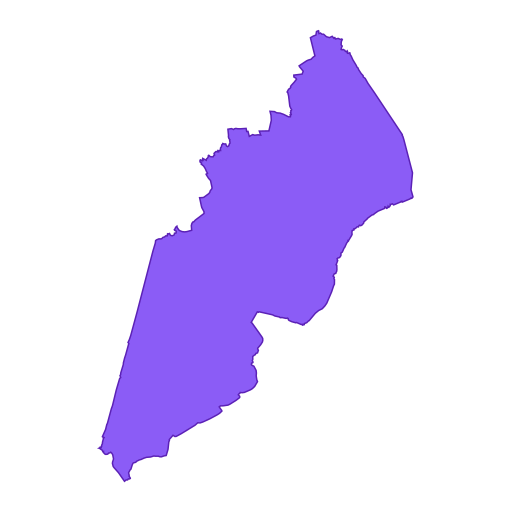 Mueang Samut Songkhram, Samut Songkhram, Thailand (Mercator projection)
{"feature_id": "78962969B53970702814040", "entity_name": "Mueang Samut Songkhram", "entity_type": "district", "adm_level": 2, "iso_a3": "THA", "parent_name": "Thailand", "parent_adm1": "Samut Songkhram", "projection": "mercator", "projection_center": [99.999, 13.396], "detail": "fine", "context": "isolated", "style": "filled", "palette": "violet", "viewbox_px": 512, "rotation_deg": 0, "n_neighbors": 0, "source": "geoboundaries", "source_scale": "gbopen_adm2", "svg_char_len": 6053}
<svg xmlns="http://www.w3.org/2000/svg" viewBox="0 0 512 512"><path d="M124.5,481.3L126.2,479.9L127.6,479.9L128.3,478.9L129.6,478.9L130.3,478.4L130.2,477.9L129.1,476.2L129.2,475.4L128.6,472.8L130.1,469.9L130.9,469.2L132.2,465.0L132.9,463.4L133.4,462.9L135.7,462.3L136.6,461.3L139.4,459.9L141.0,459.5L144.1,458.1L146.6,457.3L150.6,457.0L153.8,456.0L155.5,456.2L158.3,456.2L160.0,456.8L161.5,456.8L164.0,455.9L166.2,455.5L168.0,449.4L168.8,441.9L169.4,440.5L169.3,439.5L173.0,435.3L174.9,436.5L176.2,436.4L181.2,433.7L195.2,425.1L197.7,422.8L200.1,422.9L202.8,422.0L209.8,418.8L217.4,414.7L219.7,413.2L221.9,411.1L221.8,410.6L219.2,406.9L220.4,405.9L223.3,405.8L228.0,405.1L229.9,404.2L236.1,400.3L239.4,397.8L239.8,397.1L239.7,396.3L238.3,394.8L238.8,394.0L240.0,393.1L240.2,392.5L242.2,392.7L244.4,392.4L250.5,389.8L252.4,388.6L254.7,386.4L257.5,381.6L256.8,379.8L256.2,375.9L256.4,373.0L256.1,370.4L253.9,366.2L252.0,365.3L251.4,364.6L251.6,363.1L252.6,362.8L253.0,362.2L252.3,360.5L252.8,359.3L252.7,356.5L254.6,354.9L255.3,354.7L255.9,353.4L257.5,352.9L258.4,350.3L257.7,349.0L257.7,348.2L260.7,344.7L262.4,342.0L262.8,340.3L262.7,338.4L261.9,336.9L252.1,323.1L251.2,322.4L257.3,311.9L258.5,312.3L259.1,311.8L272.5,314.8L274.9,316.0L279.5,317.0L280.1,317.6L281.0,317.7L281.9,317.5L286.0,318.4L287.6,318.1L288.2,318.6L288.3,319.6L289.0,320.4L291.8,321.7L295.8,322.8L296.2,322.5L297.0,322.7L301.2,324.5L302.2,324.3L302.5,325.1L304.3,324.6L304.2,323.6L306.7,322.7L308.7,320.7L309.1,320.7L315.3,313.3L318.7,310.5L322.3,308.7L324.9,305.9L326.8,303.1L331.6,291.9L333.6,285.8L334.4,284.2L334.5,279.6L333.9,278.6L334.3,277.3L333.1,276.1L334.3,273.8L335.8,273.4L335.8,272.9L336.6,271.5L336.9,269.8L336.8,265.4L336.1,264.8L337.7,260.6L337.2,260.1L337.4,259.3L337.1,258.7L337.7,258.1L339.5,257.6L340.5,256.3L341.0,255.2L340.9,253.1L342.3,252.1L344.1,248.0L344.6,247.6L346.7,243.0L347.6,241.8L348.3,241.2L348.0,240.5L348.6,240.5L351.6,235.5L352.1,234.3L351.9,232.6L352.2,230.5L354.0,229.9L354.1,229.5L353.8,228.9L354.2,228.6L355.1,228.6L355.7,228.2L357.3,226.7L358.5,226.9L359.1,225.4L359.7,225.2L360.7,225.7L361.9,225.1L363.6,223.2L363.9,221.9L367.3,218.8L367.4,218.4L371.8,215.1L373.7,214.5L374.1,213.9L378.1,211.1L384.4,208.5L384.9,206.8L385.3,206.9L386.5,208.4L386.8,208.4L387.3,208.0L387.1,207.6L387.3,207.2L388.5,207.3L388.4,206.5L388.8,206.9L389.4,206.8L390.3,205.5L390.3,204.4L390.6,204.5L392.4,203.8L393.6,204.9L400.4,202.1L401.1,201.4L401.5,201.6L401.8,201.4L401.9,202.0L402.3,202.1L410.1,198.9L410.6,198.3L411.1,198.1L411.4,198.4L412.1,198.1L413.0,196.9L411.0,189.7L412.5,172.8L403.9,139.8L402.8,136.2L402.2,135.5L402.3,134.6L374.5,92.8L368.0,83.4L365.2,78.4L363.2,76.9L363.1,75.6L361.2,73.6L358.6,69.6L357.9,67.8L356.8,66.9L356.3,65.5L352.8,59.7L351.2,56.1L350.2,54.6L349.9,52.9L349.5,52.8L348.4,53.3L347.6,53.3L347.2,52.8L347.6,51.8L347.2,50.9L346.6,51.6L345.7,51.5L345.3,51.3L344.9,50.4L343.1,49.4L342.2,49.8L341.1,49.5L341.5,47.6L342.2,46.1L341.1,44.8L341.3,41.9L341.7,40.6L342.3,39.7L341.8,39.0L340.3,39.4L338.2,38.4L335.5,39.0L335.1,38.7L334.9,37.6L334.3,37.6L333.8,38.2L332.2,36.3L329.5,37.6L326.4,36.7L323.6,34.2L322.0,34.2L320.4,33.0L319.0,33.6L318.6,32.3L318.8,31.1L318.4,30.7L316.5,31.5L315.9,35.1L313.4,36.0L310.4,37.7L314.9,55.9L312.7,57.5L311.2,59.2L308.2,60.1L306.5,60.9L299.1,65.8L299.5,66.7L303.2,71.2L302.1,74.1L293.8,75.1L293.9,77.0L295.9,78.2L296.5,79.2L294.3,82.1L291.1,85.6L290.6,86.5L290.7,87.4L289.8,88.5L288.6,89.2L287.1,92.0L287.8,92.7L288.6,96.0L289.8,106.1L290.8,108.4L291.6,109.5L291.4,110.3L290.8,110.7L290.9,112.2L290.4,112.7L291.3,114.4L291.1,114.7L290.1,114.9L290.5,115.9L290.4,116.8L288.5,116.8L283.5,114.3L280.1,113.1L276.7,112.8L274.5,111.6L270.0,111.3L271.0,115.3L271.3,120.3L268.9,130.9L259.3,131.1L260.7,135.1L258.1,134.8L254.7,135.2L252.7,134.6L249.3,136.4L248.0,131.4L246.7,131.5L246.1,128.4L240.1,128.8L237.3,128.7L235.9,128.4L234.4,128.8L233.6,129.5L231.5,128.6L227.9,129.2L228.5,135.2L228.4,136.9L228.9,138.5L229.9,139.8L229.6,140.8L229.9,141.6L230.0,143.2L229.3,144.0L229.0,145.2L228.5,146.1L227.6,146.6L226.5,146.0L225.7,143.9L224.5,144.0L222.8,143.5L222.7,144.2L221.9,144.6L221.3,147.0L220.6,147.8L220.4,149.2L220.6,150.5L219.1,150.5L218.7,151.7L217.8,150.7L217.2,151.9L216.2,151.5L215.8,151.6L214.1,153.3L214.0,153.8L214.6,155.1L213.6,155.8L213.1,156.8L211.2,156.8L210.0,156.5L209.0,155.4L208.6,155.3L208.3,155.6L208.2,156.9L207.6,158.0L206.6,158.8L206.3,160.3L202.7,158.4L202.6,159.4L203.1,160.2L202.7,160.8L201.5,160.7L200.8,159.8L200.3,159.9L200.0,160.3L200.0,161.9L201.6,163.1L201.2,164.1L203.6,166.0L205.2,168.5L206.5,171.5L207.5,173.1L207.5,173.5L206.2,174.0L206.1,174.4L208.6,178.4L210.5,180.5L212.0,187.4L211.9,188.7L210.3,190.7L209.7,192.5L208.8,193.6L203.8,197.3L202.4,197.6L199.6,197.7L201.4,206.1L201.8,207.6L204.0,211.7L204.0,213.5L195.3,220.1L193.7,221.9L193.0,221.9L192.5,222.5L191.9,223.4L191.3,225.6L191.7,230.3L186.9,231.6L184.6,231.9L182.1,231.6L179.8,230.7L178.8,229.9L177.2,227.5L176.9,226.2L175.6,227.3L175.1,228.7L174.3,229.7L174.6,230.3L176.2,231.1L176.3,231.9L175.9,233.1L174.5,233.2L174.3,234.6L174.0,235.0L172.5,235.7L171.1,235.6L170.3,235.1L169.5,233.5L168.6,233.9L167.7,233.7L167.5,233.9L167.3,235.8L165.6,235.9L164.6,236.9L162.9,237.4L161.7,238.7L160.6,238.9L158.8,238.9L156.6,239.8L155.6,240.6L155.3,243.1L152.9,251.2L137.1,312.0L130.7,335.6L129.3,339.7L128.0,342.5L128.8,343.4L125.6,355.1L124.7,357.7L123.4,362.8L123.3,364.5L120.8,372.8L120.6,374.7L120.0,375.6L120.7,377.6L119.7,378.4L119.3,379.7L116.3,389.9L112.5,405.6L111.3,408.9L107.4,423.4L106.8,424.5L105.6,429.4L102.4,436.7L103.1,437.1L103.2,437.7L103.8,437.4L104.1,437.6L103.5,438.3L102.5,442.1L102.4,443.6L101.6,445.3L101.6,446.5L101.0,447.8L100.6,447.9L100.1,447.2L99.6,447.9L99.0,448.2L100.0,448.5L100.3,449.0L102.2,450.2L102.7,451.4L103.5,451.4L103.3,452.4L105.1,454.2L105.9,454.4L107.8,454.1L108.5,453.1L109.8,452.9L110.7,452.2L111.7,453.1L112.7,454.7L113.5,458.8L113.3,459.8L112.6,461.9L112.4,463.4L113.2,466.5L114.1,467.7L118.5,472.7L124.5,481.3Z" fill="#8b5cf6" stroke="#5b21b6" stroke-width="1.5"/></svg>